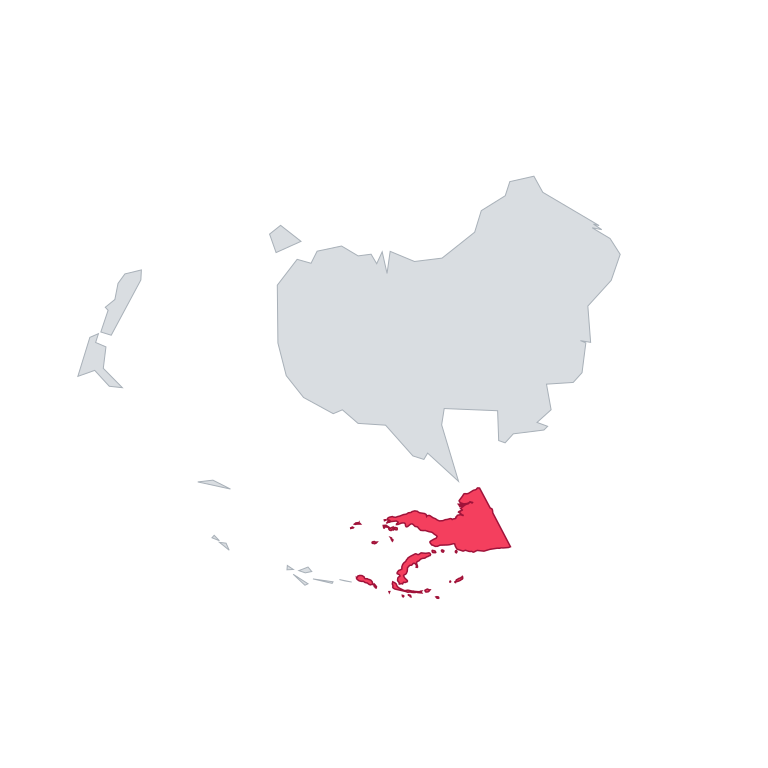 Oceania, with Papua New Guinea highlighted, rotated 153°
{"feature_id": "PNG", "entity_name": "Papua New Guinea", "entity_type": "country or territory", "adm_level": 0, "iso_a3": "PNG", "parent_name": "Oceania", "parent_adm1": "", "projection": "orthographic", "projection_center": [148.76, -6.492], "detail": "fine", "context": "in_parent", "style": "filled", "palette": "rose", "viewbox_px": 768, "rotation_deg": 153, "n_neighbors": 5, "source": "natural_earth", "source_scale": "50m", "svg_char_len": 7869}
<svg xmlns="http://www.w3.org/2000/svg" viewBox="0 0 768 768"><g transform="rotate(153 384 384)"><path d="M601.8,319.1L607.1,325.1L604.0,326.3L601.8,319.1ZM602.5,317.6L597.0,313.9L597.4,306.2L602.5,317.6Z" fill="#d9dde1" stroke="#a8b0b8" stroke-width="1"/><path d="M568.5,360.1L594.4,381.3L580.1,376.0L568.5,360.1Z" fill="#d9dde1" stroke="#a8b0b8" stroke-width="1"/><path d="M554.8,262.5L552.5,266.2L549.0,259.9L554.8,262.5ZM545.8,240.6L551.3,255.7L542.4,240.5L545.8,240.6ZM544.6,256.4L534.8,255.4L533.5,249.7L539.9,251.5L544.6,256.4ZM520.7,229.9L535.8,242.6L519.2,230.9L520.7,229.9ZM508.6,226.6L512.5,230.0L502.7,222.2L508.6,226.6Z" fill="#d9dde1" stroke="#a8b0b8" stroke-width="1"/><path d="M653.3,529.8L624.9,559.1L615.6,558.5L622.1,551.9L614.9,543.3L627.0,525.4L618.8,499.5L629.8,506.7L635.6,527.5L653.3,529.8ZM553.4,587.1L604.9,551.3L612.7,558.9L596.4,574.9L597.5,578.9L585.4,581.5L575.3,594.4L564.9,599.7L548.4,595.8L553.4,587.1Z" fill="#d9dde1" stroke="#a8b0b8" stroke-width="1"/><path d="M393.2,548.8L420.5,550.1L417.9,569.5L404.1,572.3L393.2,548.8ZM234.3,478.1L218.6,494.3L190.5,496.7L180.0,507.2L156.1,501.1L155.5,482.7L120.4,427.5L124.8,431.4L119.9,422.7L127.6,428.7L116.5,410.9L114.7,392.3L134.5,373.2L167.0,360.9L181.0,327.3L189.3,333.5L185.5,329.0L202.4,304.2L214.7,299.5L239.3,310.1L246.8,285.2L265.1,280.3L257.4,272.0L262.4,270.4L291.4,280.9L302.8,276.6L307.5,281.5L294.9,308.6L341.5,334.8L351.2,321.4L361.8,263.4L376.5,302.6L382.7,298.7L390.9,306.8L401.3,346.6L425.0,360.7L432.8,379.9L442.7,380.6L461.8,408.5L467.3,435.8L459.9,468.7L434.2,520.5L404.8,534.5L394.2,524.7L383.3,532.7L359.2,526.2L348.9,509.9L336.6,505.5L335.9,494.5L325.6,502.6L331.1,481.1L318.3,499.4L301.2,479.3L275.1,469.8L234.3,478.1Z" fill="#d9dde1" stroke="#a8b0b8" stroke-width="1"/><path d="M346.1,247.9L345.7,225.4L344.5,223.7L344.6,222.4L345.6,219.7L345.2,181.6L347.3,181.8L352.4,183.9L353.9,184.8L355.4,185.1L357.7,186.3L364.7,188.6L370.8,189.7L376.5,193.4L378.3,193.5L379.6,193.4L380.7,193.6L381.1,193.9L381.4,194.5L382.2,195.3L383.3,195.6L384.4,196.4L386.9,198.9L389.4,199.2L393.8,203.6L394.0,204.3L394.1,207.2L393.6,209.5L394.7,210.2L398.3,211.0L400.3,211.7L406.7,214.7L407.5,215.0L410.1,215.1L412.1,216.1L413.7,218.2L414.5,218.8L415.0,221.2L414.9,222.3L414.5,222.7L413.5,222.9L409.9,223.1L407.6,222.9L405.9,224.1L406.0,225.0L407.4,227.4L408.3,229.6L409.0,230.5L411.0,232.0L413.7,234.7L415.8,235.7L417.8,237.0L418.6,239.4L419.0,241.5L421.0,243.0L421.8,245.5L422.4,246.6L423.3,247.0L424.5,247.0L427.5,246.3L428.6,246.4L429.1,246.8L429.2,247.9L428.7,249.1L428.6,250.2L429.2,251.1L431.3,252.1L435.3,252.5L436.7,253.1L436.4,253.6L434.2,254.3L434.2,254.9L435.3,256.4L440.2,258.2L442.0,258.4L443.3,258.9L445.1,258.7L443.0,259.7L441.0,259.4L440.7,259.7L441.5,260.6L443.0,261.6L442.7,262.0L441.4,262.8L439.8,262.9L436.7,262.1L436.0,261.2L434.1,259.9L432.0,259.7L430.1,259.2L425.9,258.8L423.1,257.9L420.8,258.2L419.2,257.6L418.0,257.3L417.0,257.6L414.2,257.0L412.0,255.4L411.5,254.1L410.6,253.0L406.6,250.1L405.7,248.6L406.1,246.7L405.6,247.0L405.0,247.0L403.4,246.4L402.7,245.6L401.0,242.5L399.3,240.6L398.2,238.5L396.7,236.8L393.6,235.5L391.0,235.3L389.1,234.6L386.0,234.0L385.1,233.3L384.8,232.3L383.9,232.4L381.3,231.7L380.7,232.0L380.5,232.8L379.7,232.7L378.4,233.7L377.6,233.6L375.1,232.8L373.4,231.0L372.7,230.7L373.5,231.6L375.6,235.6L374.6,235.6L375.1,236.3L374.5,236.4L371.7,236.0L371.4,236.2L372.3,238.2L367.1,239.4L365.2,239.4L363.3,239.0L361.4,239.6L360.7,239.5L359.6,238.0L358.2,238.3L359.4,238.3L360.1,239.5L360.9,240.1L361.9,239.7L364.2,239.8L367.3,241.0L369.3,242.9L370.0,243.9L370.2,245.4L370.0,246.0L364.9,248.5L362.8,249.8L361.7,249.6L360.3,248.7L358.6,248.2L352.6,248.7L350.4,248.2L349.3,248.3L348.5,248.8L347.7,248.9L346.1,247.9ZM455.2,197.5L456.7,198.5L458.2,197.4L459.0,198.2L461.2,198.8L460.7,200.3L461.1,201.7L461.1,202.7L460.6,203.7L459.6,205.0L458.7,205.4L457.1,205.5L456.8,206.2L456.9,207.0L458.4,209.1L457.8,210.1L455.6,211.2L453.9,211.0L452.1,211.0L451.1,213.0L449.2,214.8L447.3,215.7L446.0,215.9L444.9,216.3L443.8,217.1L442.7,217.5L441.5,218.2L438.6,218.5L433.2,218.5L432.6,218.2L431.5,216.8L430.5,216.3L427.6,216.7L423.7,214.2L420.5,213.1L419.9,212.2L419.9,210.9L420.8,210.2L422.2,210.5L423.2,210.3L424.4,210.6L426.6,210.3L429.1,211.2L430.2,211.3L431.4,211.2L433.0,210.6L435.0,210.7L436.3,209.9L436.8,206.8L437.2,205.7L437.6,205.5L438.5,206.1L437.6,207.3L437.5,208.5L437.8,209.7L438.6,210.7L439.7,210.8L440.8,210.2L442.0,210.1L443.1,210.7L444.2,210.6L444.7,210.2L445.8,209.9L446.4,209.7L448.3,206.6L450.2,205.0L451.3,204.7L452.7,204.8L453.7,204.2L453.6,201.7L452.4,198.3L452.9,197.3L455.2,197.5ZM496.8,223.0L496.3,224.2L496.1,223.8L495.2,224.1L494.4,224.8L492.4,224.4L490.6,223.3L489.3,221.3L489.5,220.1L489.2,219.1L487.3,218.1L486.6,217.0L485.9,216.5L484.8,215.2L484.3,213.3L484.7,211.3L484.6,210.2L486.0,211.0L487.3,211.2L488.2,212.1L489.2,214.2L491.0,215.7L491.9,217.5L493.6,218.3L495.5,219.9L496.5,221.8L496.8,223.0ZM467.4,202.1L466.0,203.8L464.5,201.8L463.9,200.4L464.1,198.2L463.8,196.7L463.1,195.3L459.9,191.0L459.0,190.3L456.8,189.7L455.9,189.2L452.8,186.6L451.7,186.1L451.0,185.4L447.6,183.3L446.6,182.8L445.4,182.8L444.4,182.4L445.2,182.1L445.3,181.4L445.2,180.7L448.7,182.9L449.2,183.7L450.1,183.8L451.8,184.5L453.9,185.8L455.1,186.8L457.4,187.7L458.9,189.3L467.4,196.4L468.4,197.9L468.5,198.9L467.6,200.2L467.4,202.1ZM406.9,174.5L410.3,175.1L410.5,175.1L410.6,174.8L410.8,175.0L410.7,175.5L409.7,175.5L408.3,176.7L407.7,176.6L405.5,176.8L403.7,176.4L403.2,176.7L402.5,176.6L401.6,177.0L401.5,176.2L402.2,175.9L402.1,175.1L402.7,174.6L403.8,174.7L404.8,174.4L406.9,174.5ZM441.9,249.6L443.3,250.5L444.1,250.2L444.5,250.4L445.4,251.3L445.6,252.9L445.1,253.3L445.1,252.9L444.7,252.8L441.0,252.5L441.7,251.6L441.0,250.5L441.0,249.8L441.9,249.6ZM441.2,181.6L439.2,181.7L438.4,181.6L437.2,180.1L436.4,179.7L437.8,179.0L439.1,178.8L441.1,179.6L441.4,180.4L441.2,181.6ZM447.4,256.5L447.8,256.5L448.6,255.8L449.2,255.5L449.6,255.9L448.9,258.3L446.2,257.2L446.1,256.3L445.6,256.0L444.5,254.0L444.4,253.3L445.2,254.3L447.1,255.7L447.1,256.1L447.4,256.5ZM463.1,245.8L464.9,245.9L465.3,246.5L466.3,247.0L466.7,247.4L466.3,248.0L466.4,248.4L465.4,248.5L463.9,247.9L463.8,247.5L463.1,246.8L461.9,246.3L463.1,245.8ZM471.8,271.5L473.4,272.0L474.0,272.6L471.9,273.0L471.6,272.7L470.2,272.3L470.0,271.6L469.3,271.9L469.6,271.4L468.8,270.9L468.5,269.9L471.8,271.5ZM416.7,213.8L416.3,213.8L416.1,213.4L415.2,213.0L414.2,211.7L414.4,210.4L414.9,210.4L417.0,211.6L417.2,212.0L417.1,213.1L416.7,213.8ZM440.3,250.1L439.9,251.4L439.3,251.2L437.7,249.8L438.0,248.7L438.7,248.2L439.8,248.8L440.3,250.1ZM484.3,209.6L483.5,210.2L483.1,208.9L482.7,206.8L483.6,205.8L484.1,206.2L484.2,207.2L484.6,207.9L484.3,209.6ZM408.1,209.8L407.5,209.8L406.4,208.5L406.4,208.0L407.6,207.3L408.4,207.9L408.6,209.3L408.1,209.8ZM434.0,169.1L434.4,170.7L433.4,170.5L432.2,169.5L432.2,168.8L432.5,168.3L433.0,168.4L434.0,169.1ZM396.3,202.6L395.7,202.9L395.2,202.7L395.0,202.0L395.1,201.4L396.1,200.7L396.5,201.1L396.7,201.8L396.3,202.6ZM447.8,243.4L447.9,244.2L447.2,243.4L447.5,241.7L446.8,241.3L447.2,240.5L447.9,240.2L447.9,241.3L448.1,241.7L447.8,243.4ZM372.2,242.6L372.3,243.1L370.9,242.5L368.8,241.2L368.3,240.5L370.7,241.5L372.2,242.6ZM372.1,241.1L371.7,241.1L369.9,240.4L369.4,239.9L372.0,240.1L372.1,241.1ZM479.2,270.4L479.0,270.9L478.7,270.7L477.6,271.0L477.0,270.9L476.6,270.2L477.6,270.4L477.4,269.9L479.2,270.4ZM463.9,186.5L463.6,187.4L463.0,186.9L462.6,186.1L462.9,185.8L463.6,185.6L463.9,186.5ZM458.1,184.6L458.0,185.1L457.7,185.1L456.6,183.8L456.8,183.5L458.1,184.6ZM445.6,262.0L445.4,262.8L444.4,262.4L444.6,261.9L445.6,262.0ZM457.2,183.2L456.4,183.4L456.6,182.1L457.1,182.4L457.2,183.2ZM415.2,177.7L414.8,178.3L413.7,178.1L414.3,177.9L414.7,177.4L415.2,177.7ZM473.9,195.8L473.8,196.7L473.2,196.4L473.9,195.8Z" fill="#f43f5e" stroke="#9f1239" stroke-width="1.5"/></g></svg>